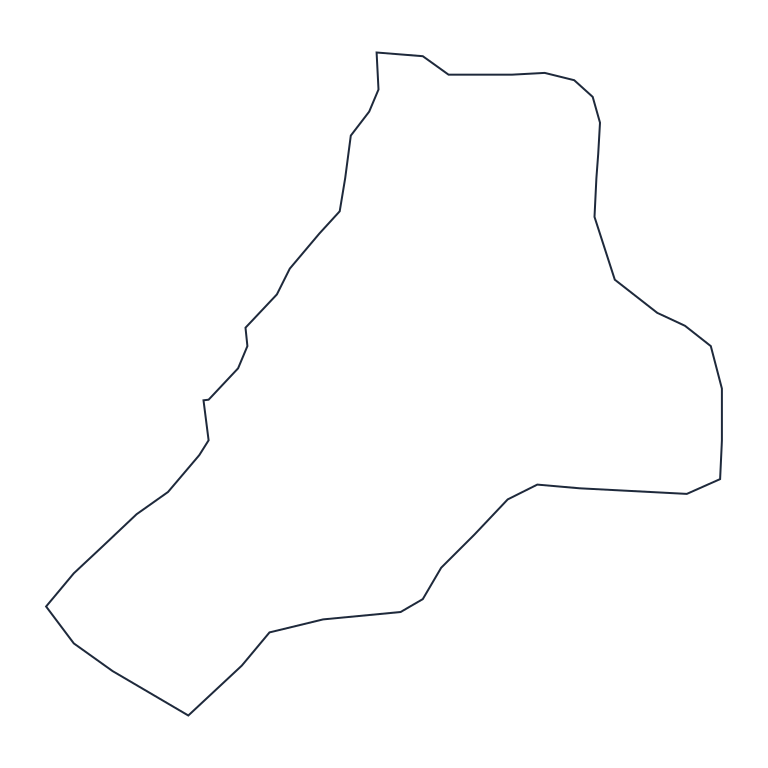 Siheung-si, Gyeonggi, South Korea (Mercator projection)
{"feature_id": "91817680B37911583032119", "entity_name": "Siheung-si", "entity_type": "district", "adm_level": 2, "iso_a3": "KOR", "parent_name": "South Korea", "parent_adm1": "Gyeonggi", "projection": "mercator", "projection_center": [126.793, 37.381], "detail": "fine", "context": "isolated", "style": "outline", "palette": "slate", "viewbox_px": 768, "rotation_deg": 0, "n_neighbors": 0, "source": "geoboundaries", "source_scale": "gbopen_adm2", "svg_char_len": 798}
<svg xmlns="http://www.w3.org/2000/svg" viewBox="0 0 768 768"><path d="M203.5,400.3L208.6,440.3L199.3,455.1L168.0,492.0L136.6,514.2L101.5,547.4L73.8,573.3L46.1,606.5L73.8,643.4L112.6,671.1L188.3,715.5L241.8,665.6L269.5,632.4L323.1,619.4L400.6,612.0L422.8,599.1L441.2,567.7L474.5,534.5L507.7,499.4L537.3,484.6L579.7,488.3L686.8,493.9L720.1,479.1L721.7,445.1L721.9,440.3L721.9,388.6L710.8,346.1L709.0,344.7L685.0,325.8L657.3,312.9L614.8,279.7L594.5,216.9L596.4,178.1L598.2,154.1L600.0,122.7L592.7,96.9L574.2,80.2L562.9,77.4L544.7,72.9L511.4,74.7L472.6,74.7L448.6,74.7L422.8,56.2L376.6,52.5L378.5,89.5L369.2,111.6L350.8,135.6L345.2,178.1L339.7,211.3L319.4,233.5L289.8,268.6L276.9,294.4L245.5,327.7L247.4,346.1L238.1,368.3L208.6,399.7L203.5,400.3Z" fill="none" stroke="#1e293b" stroke-width="2"/></svg>